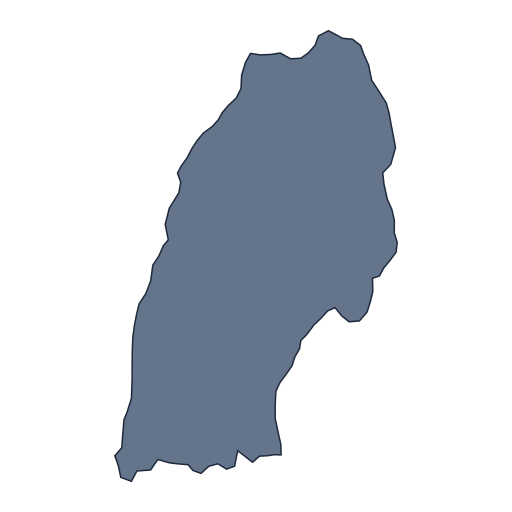 outline of São João das Duas Pontes, São Paulo, Brazil
{"feature_id": "56859067B69190017157520", "entity_name": "São João das Duas Pontes", "entity_type": "district", "adm_level": 2, "iso_a3": "BRA", "parent_name": "Brazil", "parent_adm1": "São Paulo", "projection": "equal_earth", "projection_center": [-50.384, -20.408], "detail": "fine", "context": "isolated", "style": "filled", "palette": "slate", "viewbox_px": 512, "rotation_deg": 0, "n_neighbors": 0, "source": "geoboundaries", "source_scale": "gbopen_adm2", "svg_char_len": 1527}
<svg xmlns="http://www.w3.org/2000/svg" viewBox="0 0 512 512"><path d="M152.8,265.2L150.6,281.2L145.8,293.6L139.1,303.9L136.6,314.2L134.4,325.6L132.8,337.5L132.3,351.3L132.1,365.3L132.1,380.0L131.4,398.5L127.1,412.1L124.0,419.7L122.7,434.8L121.8,447.7L114.8,455.8L118.3,465.6L120.8,477.4L131.4,481.3L136.9,471.0L150.6,470.0L157.8,459.5L169.3,462.8L177.4,463.8L188.1,464.7L192.9,470.4L201.0,473.4L208.9,466.2L217.9,463.8L226.5,469.1L234.6,466.2L237.7,450.7L246.2,457.3L252.6,462.3L259.3,456.2L267.8,455.7L274.4,454.7L281.1,454.9L280.8,444.4L277.6,429.8L275.2,418.4L275.2,404.8L275.9,391.3L279.8,382.8L286.3,374.0L292.0,365.8L294.9,356.8L299.5,348.9L300.9,340.4L306.8,334.5L313.8,325.1L320.6,318.6L327.7,310.9L335.0,307.6L341.9,316.1L349.1,321.8L359.4,320.9L367.1,312.0L370.4,301.5L372.8,291.5L372.5,278.3L379.5,276.0L383.8,267.9L389.8,260.7L396.1,252.2L397.2,242.3L394.3,232.9L394.3,220.2L391.9,209.6L387.3,199.1L384.0,184.2L382.7,172.8L390.8,164.3L395.5,147.7L393.5,136.8L391.2,125.0L389.1,113.2L386.3,103.0L379.8,92.7L371.7,80.3L368.5,64.8L363.6,54.0L360.6,45.5L352.5,39.2L342.6,38.3L328.4,30.7L318.5,35.9L315.1,45.3L308.2,53.0L300.9,58.2L290.6,58.8L280.2,53.0L270.6,54.5L260.4,54.9L250.5,53.4L245.5,62.4L241.6,75.2L241.0,88.5L236.3,97.9L227.8,106.0L222.3,112.6L218.3,119.8L212.3,126.5L203.5,132.9L197.2,140.5L192.2,148.0L187.0,158.0L181.4,165.7L177.5,173.1L180.7,182.2L178.9,192.7L174.6,199.7L169.3,208.2L165.2,224.4L168.3,239.9L163.4,245.6L158.8,256.1L152.8,265.2Z" fill="#64748b" stroke="#1e293b" stroke-width="1.5"/></svg>